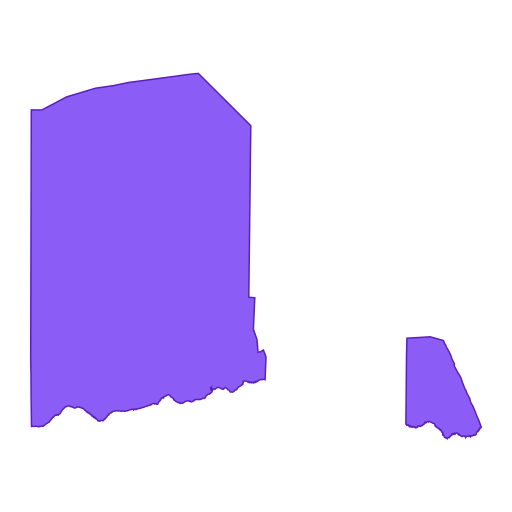 Palauli le Falefa, Palauli, Samoa
{"feature_id": "51752279B50623478209398", "entity_name": "Palauli le Falefa", "entity_type": "district", "adm_level": 2, "iso_a3": "WSM", "parent_name": "Samoa", "parent_adm1": "Palauli", "projection": "robinson", "projection_center": [-172.356, -13.707], "detail": "fine", "context": "isolated", "style": "filled", "palette": "violet", "viewbox_px": 512, "rotation_deg": 0, "n_neighbors": 0, "source": "geoboundaries", "source_scale": "gbopen_adm2", "svg_char_len": 6028}
<svg xmlns="http://www.w3.org/2000/svg" viewBox="0 0 512 512"><path d="M198.3,73.4L190.1,74.2L128.4,82.5L113.5,85.6L95.5,88.2L66.8,96.8L41.7,110.0L31.3,109.9L30.7,359.0L31.0,376.9L31.1,397.0L31.5,426.5L36.2,426.2L38.7,426.8L39.9,426.4L40.8,426.4L41.4,426.1L42.6,426.3L43.5,426.1L43.6,425.8L44.2,425.5L44.2,425.2L45.6,424.2L46.7,423.6L48.2,422.5L49.2,422.1L49.3,421.7L49.8,421.3L49.9,420.7L50.2,420.3L50.8,420.1L51.1,419.4L53.0,417.2L53.6,417.1L54.9,415.5L55.0,415.1L56.6,415.2L56.9,414.6L57.6,415.0L58.0,414.7L58.4,415.0L58.6,414.5L59.7,413.8L60.4,413.1L62.5,409.6L63.3,409.0L64.8,407.4L65.7,407.0L66.5,406.3L68.7,405.9L70.3,406.3L70.5,406.6L71.0,406.4L71.8,407.0L73.2,407.3L73.5,407.7L74.6,408.0L75.4,408.0L76.4,407.4L77.8,406.9L78.1,407.1L79.1,407.0L79.3,407.2L80.0,407.3L80.6,407.7L81.1,407.6L82.2,408.3L82.5,408.1L83.0,408.4L84.2,409.3L84.6,410.0L85.4,410.5L86.6,411.8L87.3,411.9L87.4,412.5L88.0,412.2L88.7,412.7L88.7,413.1L89.2,413.2L90.1,413.9L90.1,414.2L90.7,414.4L91.1,415.0L91.6,415.0L91.6,415.3L92.2,415.6L92.2,416.3L93.0,416.2L93.1,416.5L94.2,416.9L93.8,417.5L94.9,418.0L95.3,417.7L95.9,418.3L95.8,418.7L96.6,419.0L97.4,420.0L97.7,420.6L98.3,420.5L98.5,421.0L99.4,420.8L99.6,421.1L100.5,420.9L101.0,420.4L102.2,420.4L103.0,420.8L103.2,420.7L103.5,420.2L104.0,419.9L104.3,419.3L104.9,419.2L105.0,418.7L106.6,417.3L107.8,415.2L108.3,415.2L109.0,414.7L108.9,414.1L110.3,413.1L111.8,412.5L112.0,412.1L112.7,411.7L113.1,411.3L117.1,410.7L117.8,410.9L119.9,410.9L120.8,411.2L122.2,411.1L122.9,410.9L125.0,411.4L126.6,410.7L127.5,410.8L129.5,410.0L130.1,409.9L130.4,409.7L130.9,409.7L131.0,409.5L132.0,409.2L132.4,409.4L133.5,409.3L133.6,409.8L134.1,409.4L134.8,409.2L135.5,409.6L136.0,409.6L136.1,409.2L136.7,409.3L137.3,408.8L137.7,408.9L138.4,408.5L139.4,408.5L140.7,408.2L141.8,407.7L144.0,407.2L144.9,406.7L148.2,405.8L149.6,405.0L150.1,404.9L150.6,405.1L150.6,404.7L151.5,404.1L153.0,403.5L153.8,403.7L154.7,403.5L154.9,404.0L155.5,403.7L156.5,403.8L156.8,404.2L157.4,404.3L157.7,404.2L158.6,402.2L160.4,400.3L160.3,400.0L160.7,399.9L161.3,398.5L162.1,397.8L162.9,398.1L163.1,397.5L163.5,397.9L163.7,397.7L163.8,397.0L164.3,396.5L166.0,396.0L166.5,395.5L167.6,394.9L168.6,394.7L169.5,395.3L171.0,396.9L173.0,398.3L173.5,398.9L173.8,399.9L174.2,399.9L176.0,401.5L178.2,402.6L178.5,402.3L179.4,402.8L179.6,403.2L180.2,403.1L180.5,403.4L181.2,403.1L182.2,403.3L183.2,402.9L185.5,401.3L187.4,400.9L188.9,400.8L189.4,401.4L190.0,401.1L191.1,401.9L193.0,401.4L193.6,400.5L194.2,400.1L194.5,400.3L194.7,399.7L197.9,399.4L198.8,399.7L199.6,399.4L200.2,399.5L203.0,398.4L204.5,398.3L205.1,397.8L205.9,396.4L206.0,395.9L206.4,395.5L206.7,395.5L207.8,394.3L208.1,394.3L209.0,393.9L209.4,394.1L209.7,393.6L210.4,393.4L210.7,392.9L211.6,392.4L212.0,391.8L212.5,390.5L212.2,390.0L211.6,390.3L211.2,390.2L210.9,389.8L210.3,388.1L211.3,387.2L211.1,388.1L211.4,388.6L212.1,388.8L213.0,388.8L214.1,389.4L214.9,389.3L215.1,388.8L215.9,388.6L216.3,388.1L217.1,387.7L218.4,387.4L219.5,387.6L221.9,389.0L223.2,389.3L223.7,389.0L224.8,387.6L225.2,387.5L226.9,388.5L228.1,389.8L228.7,389.9L229.1,390.3L230.2,391.9L230.7,392.1L231.9,392.0L232.4,392.2L233.8,391.5L235.1,390.0L236.2,389.9L236.9,389.2L238.1,387.3L240.1,386.2L241.9,384.9L242.7,384.6L243.0,383.8L242.9,383.3L243.3,382.6L243.0,381.9L243.1,381.4L243.7,381.4L244.1,381.0L244.9,380.9L246.0,381.1L247.8,381.8L248.0,382.1L248.6,381.8L249.0,382.4L249.3,382.2L249.4,382.5L249.9,382.1L250.4,382.4L251.2,382.2L251.1,382.7L252.6,382.7L253.1,382.4L253.4,382.8L253.7,382.4L254.4,382.6L255.0,381.7L255.2,382.1L255.6,382.4L256.2,381.7L256.5,381.8L256.9,381.3L257.2,381.5L257.7,381.3L258.1,380.7L260.4,379.5L260.9,379.5L261.7,379.7L263.9,379.3L265.1,379.7L266.0,356.9L263.4,350.0L260.5,351.8L258.0,352.2L257.0,339.7L253.4,329.2L254.8,297.7L248.8,297.3L250.8,125.7L198.3,73.4ZM406.9,338.2L406.5,355.7L405.9,424.1L406.7,424.6L406.7,425.0L407.4,424.6L407.8,424.7L407.8,425.3L408.4,425.6L408.7,425.3L409.2,426.4L409.4,426.1L409.7,426.5L410.5,426.0L411.0,427.0L411.4,426.6L411.8,426.9L412.1,426.6L412.7,427.1L413.3,426.6L413.8,426.6L414.0,427.1L414.9,427.4L415.5,427.2L415.5,427.7L416.0,427.5L416.3,427.7L417.1,427.3L417.4,427.3L417.7,426.9L417.6,426.4L418.0,425.9L419.0,425.7L419.3,426.2L420.4,426.4L421.0,425.7L421.7,425.9L422.6,425.2L422.7,424.7L423.1,424.8L424.1,424.2L424.2,423.3L424.5,422.7L424.9,422.8L425.5,422.2L425.9,422.9L426.8,422.2L427.3,421.6L428.0,421.6L428.3,421.9L428.6,421.5L430.5,421.9L433.1,423.3L434.2,423.5L434.8,424.5L435.0,425.0L435.4,425.4L435.1,425.7L435.2,426.1L435.7,426.3L436.2,427.0L437.2,427.4L437.4,427.9L438.0,427.8L439.1,429.0L439.3,428.8L439.9,429.8L440.4,429.6L440.7,430.5L441.3,430.9L441.5,430.8L441.6,432.0L442.1,432.0L442.7,432.3L442.8,434.9L443.3,434.7L443.4,435.3L444.1,435.8L444.4,437.1L444.9,437.1L445.2,437.7L445.5,437.6L445.8,437.9L446.3,437.9L447.0,438.6L447.1,437.9L447.7,438.1L448.9,437.3L449.3,437.6L449.6,437.3L449.7,436.7L450.0,436.6L450.3,436.1L451.5,435.4L451.6,435.0L451.9,434.9L451.7,434.3L452.0,433.8L452.9,434.3L453.0,433.8L453.8,434.2L453.9,433.8L454.5,433.1L455.2,434.1L455.8,433.3L457.1,433.0L457.7,433.3L457.8,433.8L458.4,434.0L458.4,434.6L459.0,435.0L459.3,434.4L461.3,436.3L462.1,436.6L463.2,435.9L463.8,436.1L464.6,436.1L465.1,436.7L465.5,436.8L465.6,437.4L466.4,436.2L467.7,436.2L468.0,436.4L468.8,436.5L469.0,436.0L469.8,436.1L470.1,435.7L470.4,435.7L470.6,436.6L470.9,436.1L471.7,436.0L473.0,435.5L473.4,435.5L473.7,434.7L474.3,434.9L474.2,435.1L475.0,435.2L475.5,434.9L476.3,434.1L476.6,432.8L477.3,431.5L477.9,431.5L477.9,431.0L478.3,431.1L479.0,430.3L479.1,429.8L478.9,429.4L479.6,429.3L480.1,428.3L480.0,428.0L480.8,427.8L481.3,427.3L478.8,420.3L477.2,416.9L474.6,410.2L472.9,406.2L470.7,402.3L470.2,400.8L469.9,398.8L467.6,394.5L467.1,393.8L466.1,390.8L465.0,389.0L462.3,382.0L460.9,377.7L459.4,375.0L457.5,372.0L454.5,366.5L454.3,365.4L454.4,364.2L454.2,363.3L451.9,358.9L450.5,354.6L448.6,350.9L446.0,346.4L445.9,345.4L444.7,343.7L443.4,340.5L430.2,336.8L406.9,338.2Z" fill="#8b5cf6" stroke="#5b21b6" stroke-width="1.5"/></svg>